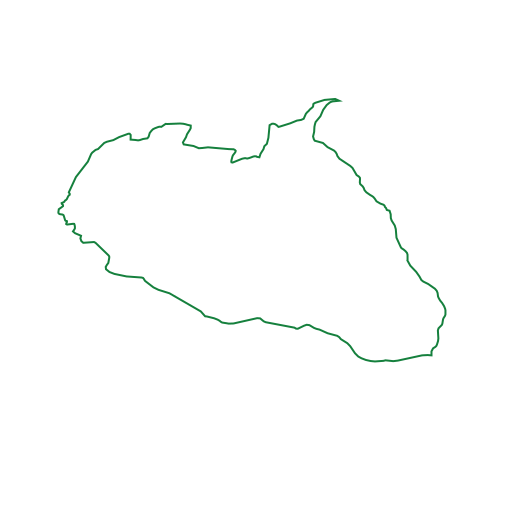 map outline of Casanare (Equal Earth projection), rotated 60°
{"feature_id": "COL-1422", "entity_name": "Casanare", "entity_type": "Intendancy", "adm_level": 1, "iso_a3": "COL", "parent_name": "Colombia", "parent_adm1": "", "projection": "equal_earth", "projection_center": [-71.807, 5.325], "detail": "fine", "context": "isolated", "style": "outline", "palette": "green", "viewbox_px": 512, "rotation_deg": 60, "n_neighbors": 0, "source": "natural_earth", "source_scale": "10m", "svg_char_len": 3711}
<svg xmlns="http://www.w3.org/2000/svg" viewBox="0 0 512 512"><g transform="rotate(60 256 256)"><path d="M163.1,106.4L160.4,112.4L160.0,114.2L160.0,115.6L160.6,119.3L163.0,124.7L167.2,130.4L169.8,137.4L171.4,139.1L173.3,140.8L177.6,143.6L181.0,146.8L183.7,147.5L185.5,147.5L191.6,141.5L197.5,139.6L203.7,135.7L205.9,135.1L208.1,135.1L210.1,135.5L213.5,135.1L225.2,129.3L228.0,128.4L236.2,128.4L238.6,127.2L240.2,126.9L241.3,127.4L244.2,129.3L245.8,129.8L249.0,128.8L250.9,128.7L253.3,129.1L256.0,128.6L260.3,126.6L261.8,125.7L263.5,124.9L265.6,124.5L268.9,124.3L272.8,122.1L275.4,119.9L276.7,119.5L277.9,119.8L279.6,119.4L281.5,119.7L283.6,117.7L287.2,118.5L290.6,120.3L293.1,120.8L299.0,120.6L302.6,121.5L310.4,125.2L320.7,126.2L321.9,126.1L324.3,124.9L326.6,124.1L328.8,123.7L330.6,124.1L335.0,126.6L335.5,127.1L341.5,127.2L349.9,125.2L355.5,124.7L359.5,124.8L361.8,123.9L366.3,120.9L373.8,117.4L376.5,116.9L378.7,117.2L382.1,118.6L383.8,118.8L386.7,118.8L389.8,118.3L393.5,118.2L396.3,118.6L397.8,119.1L401.4,121.2L402.3,122.2L403.6,124.7L404.4,125.7L407.6,128.3L408.5,129.3L409.0,130.9L409.4,132.4L409.9,134.1L411.4,135.7L418.6,139.3L420.7,140.9L423.2,143.6L424.1,144.9L424.4,146.3L424.5,148.8L426.3,151.7L429.8,153.7L427.6,156.9L425.1,161.8L417.5,185.5L415.7,189.7L411.1,196.0L410.5,198.1L406.8,205.7L404.3,209.2L401.0,212.8L397.3,215.8L394.2,217.7L389.7,218.9L381.2,219.5L377.2,220.5L370.4,224.1L367.9,224.5L365.7,225.6L358.7,232.6L351.5,237.8L349.3,240.1L347.3,241.7L342.6,244.3L340.9,246.5L340.4,249.2L339.9,256.1L339.0,257.6L337.3,258.5L318.2,280.7L316.4,282.0L312.1,283.6L310.4,286.1L303.2,309.2L300.9,313.5L299.6,315.0L296.7,318.6L295.3,319.4L293.9,319.9L292.0,321.0L289.0,323.4L283.7,328.9L282.8,330.2L276.4,331.5L245.0,349.6L236.5,357.4L231.9,360.5L222.2,364.5L220.9,364.6L219.6,364.6L218.5,364.8L217.4,365.9L209.0,378.3L200.7,387.6L196.6,390.9L192.5,392.5L190.3,391.6L189.1,389.5L188.2,387.4L184.1,383.9L182.9,383.3L181.7,383.4L164.3,388.4L162.9,389.3L158.2,399.0L155.8,399.8L153.0,399.3L151.0,397.4L145.8,401.3L143.2,402.2L142.1,399.9L141.5,399.0L140.1,398.2L138.5,397.6L137.3,397.4L136.7,398.2L134.3,403.9L133.4,404.4L132.7,403.8L132.1,402.8L131.3,402.3L131.0,402.5L130.7,402.9L130.3,403.3L129.5,403.4L125.3,402.4L124.3,402.3L123.4,402.8L121.9,404.7L121.3,405.3L120.1,405.6L119.3,405.3L116.9,403.4L116.5,399.4L116.3,398.2L115.5,397.7L114.6,397.8L113.8,398.1L113.0,397.9L113.0,397.0L113.2,396.2L113.2,395.0L112.5,393.7L112.5,392.7L112.2,391.5L110.3,388.7L109.9,387.6L109.9,386.9L109.4,386.4L108.9,386.2L107.3,386.3L97.6,372.5L90.2,354.4L85.3,347.8L84.6,346.2L83.9,341.9L84.4,339.3L82.2,330.9L82.5,328.0L84.3,321.6L84.6,315.0L86.3,305.4L86.9,304.3L88.5,304.0L92.5,306.4L95.1,302.6L96.9,300.3L97.5,298.7L98.2,295.3L99.8,291.2L99.0,289.3L96.3,286.5L95.3,284.0L94.7,281.9L94.8,279.9L95.3,276.7L95.6,275.4L96.0,274.5L96.8,273.4L96.4,268.2L97.3,266.9L103.3,255.5L105.1,252.9L106.8,251.0L107.9,250.0L110.4,247.3L112.6,248.6L113.5,249.9L116.1,254.9L118.1,257.2L121.1,262.5L123.2,262.8L129.5,255.1L134.1,251.6L135.6,248.5L137.9,243.2L149.9,226.0L152.4,222.0L153.7,221.2L154.8,221.0L155.6,221.8L156.2,223.0L157.2,225.5L157.9,226.5L160.3,228.9L161.7,230.1L162.6,230.4L163.4,229.5L164.8,219.5L165.2,218.2L165.8,216.5L167.2,214.9L167.7,213.2L168.1,211.2L168.5,208.6L169.0,207.2L169.8,206.0L170.6,205.6L172.2,203.7L169.7,200.9L167.2,196.1L165.1,193.9L164.3,190.5L159.9,186.2L149.5,178.8L149.5,175.9L150.2,174.7L151.3,173.6L153.0,172.7L155.4,172.0L155.8,170.8L158.2,160.1L159.2,152.8L160.7,148.9L161.0,146.1L157.8,141.7L157.1,139.8L156.7,137.9L156.0,136.0L155.4,132.5L154.8,131.6L153.1,130.4L152.9,129.3L153.0,127.9L155.1,118.6L159.6,108.9L163.1,106.4Z" fill="none" stroke="#15803d" stroke-width="2"/></g></svg>